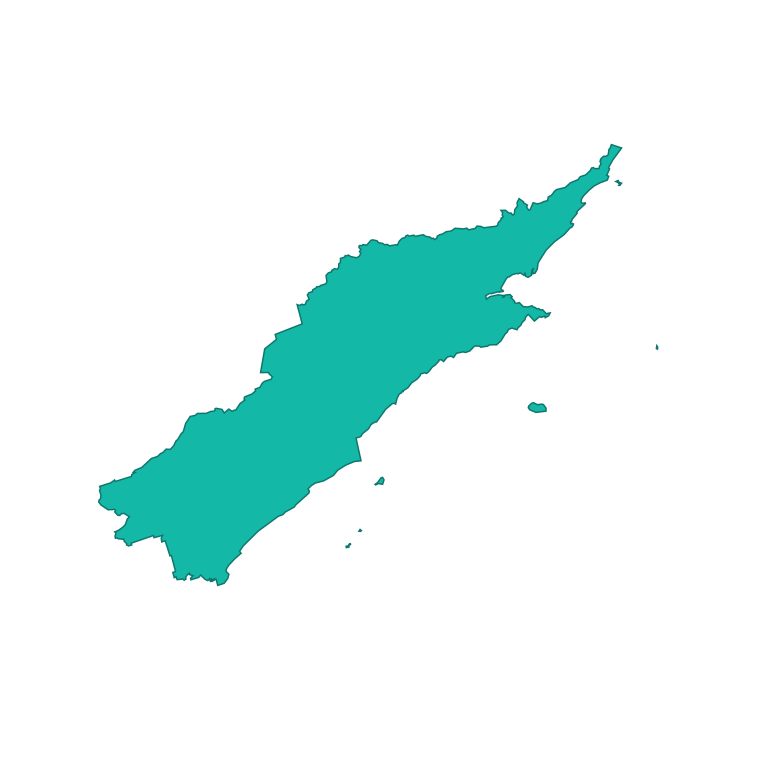 Cairns, Queensland, Australia, rotated 68°
{"feature_id": "25037944B34353436415485", "entity_name": "Cairns", "entity_type": "district", "adm_level": 2, "iso_a3": "AUS", "parent_name": "Australia", "parent_adm1": "Queensland", "projection": "equal_earth", "projection_center": [145.798, -17.106], "detail": "fine", "context": "isolated", "style": "filled", "palette": "teal", "viewbox_px": 768, "rotation_deg": 68, "n_neighbors": 0, "source": "geoboundaries", "source_scale": "gbopen_adm2", "svg_char_len": 6140}
<svg xmlns="http://www.w3.org/2000/svg" viewBox="0 0 768 768"><g transform="rotate(68 384 384)"><path d="M250.4,371.8L251.6,372.8L251.2,377.3L255.0,378.9L255.7,381.0L258.9,382.3L260.1,384.3L258.5,386.8L259.2,390.0L260.3,390.6L260.2,394.1L261.7,397.1L267.7,398.6L269.3,400.2L268.9,406.2L269.6,407.0L268.6,409.9L269.4,410.8L270.0,414.8L271.5,415.8L271.3,419.5L272.7,421.7L277.5,421.7L278.0,424.7L280.7,427.2L280.5,429.2L279.6,429.6L279.3,430.7L279.4,433.1L277.9,434.8L297.6,437.3L297.3,466.3L302.4,467.0L306.7,481.4L327.2,494.2L330.1,486.6L331.5,486.8L335.5,484.8L337.3,486.8L336.8,494.1L337.7,496.7L340.6,500.2L340.5,505.4L342.3,505.7L343.8,510.0L343.8,518.2L345.7,519.4L346.8,519.0L348.1,524.6L352.6,531.2L352.1,533.1L352.5,535.0L349.1,537.3L351.0,543.0L346.9,543.7L343.6,548.8L343.7,550.0L345.2,550.6L345.4,551.9L344.5,555.1L344.7,559.5L341.4,568.1L342.4,570.7L341.5,575.8L346.3,582.7L353.1,588.0L354.1,590.7L358.1,595.9L359.0,598.4L362.3,601.9L364.6,606.6L362.8,610.4L364.7,614.7L364.8,617.3L366.4,621.3L365.9,627.5L370.7,639.9L370.7,647.1L371.9,649.6L372.8,648.0L373.5,651.8L375.1,652.7L373.7,669.6L372.1,669.7L373.3,674.6L372.4,686.0L375.0,686.2L376.0,687.6L381.1,688.1L384.2,689.8L385.0,691.8L386.8,692.7L390.2,691.7L397.3,686.9L399.4,680.7L400.6,680.1L401.7,681.6L405.9,680.0L406.9,678.3L405.8,676.0L406.7,673.4L411.7,669.8L413.2,672.8L417.5,676.5L418.9,679.6L420.2,685.0L420.3,689.0L421.8,688.2L424.3,690.4L426.4,690.8L426.7,689.2L428.0,688.3L430.5,683.4L432.5,683.8L435.6,682.4L436.8,683.0L438.5,681.3L438.7,678.2L436.9,678.0L438.1,654.6L440.3,654.8L441.4,646.0L443.5,648.3L447.2,649.2L447.4,645.6L463.2,646.8L463.3,645.4L479.8,647.5L479.6,650.4L485.0,651.0L484.7,649.1L487.9,649.1L489.5,643.5L491.1,642.8L490.6,640.6L488.8,640.3L487.0,637.4L486.3,634.6L487.5,636.2L490.2,632.9L491.6,636.1L493.2,636.4L493.9,628.2L492.4,625.6L497.9,623.2L500.3,621.0L499.1,618.4L500.1,618.2L500.1,617.1L500.9,617.4L500.3,619.0L501.9,618.7L501.3,617.1L502.0,616.9L502.3,617.9L502.7,616.9L502.1,616.6L502.3,615.0L501.3,615.4L500.9,613.3L501.4,614.0L502.1,612.8L508.5,613.6L508.9,606.9L505.8,601.7L502.3,599.1L498.4,600.7L496.1,599.0L493.8,595.7L490.3,588.3L487.4,579.9L485.0,580.6L481.4,575.2L473.3,555.9L467.1,531.7L467.2,526.8L465.7,523.3L464.5,513.3L463.1,511.4L457.0,494.5L455.3,493.3L452.7,493.7L450.9,489.2L450.1,484.8L451.2,476.2L449.8,465.1L446.5,459.1L444.8,449.3L444.8,440.3L446.6,434.1L423.7,430.2L424.0,425.2L422.0,422.6L419.7,415.0L416.7,411.3L415.9,406.9L416.4,405.1L408.0,391.8L405.3,383.6L405.6,381.9L407.0,380.8L402.1,377.2L398.9,373.5L398.8,371.1L397.6,369.7L398.1,369.0L397.5,368.8L396.4,363.2L393.3,358.0L391.8,351.2L389.7,347.2L388.4,346.4L388.8,342.2L390.1,340.6L389.5,338.2L386.4,332.9L385.5,329.2L383.4,324.7L382.4,324.0L382.9,321.8L385.5,320.3L382.7,315.1L383.3,311.4L385.5,309.6L382.7,305.3L383.8,298.7L385.3,296.6L385.5,292.0L382.7,285.8L384.5,281.5L386.1,280.5L387.7,273.8L387.3,271.3L389.8,264.9L387.8,259.4L383.1,253.0L382.0,250.2L380.0,248.3L380.1,244.4L383.5,240.4L382.1,238.7L380.8,235.2L378.6,232.7L377.2,229.2L375.5,228.1L373.6,224.9L373.6,224.1L382.0,221.0L379.7,214.2L381.1,213.3L381.3,209.5L382.9,209.7L382.5,205.8L380.3,203.3L379.5,207.3L374.7,209.0L373.7,211.5L372.1,212.2L371.7,214.0L369.3,215.5L368.8,216.7L366.9,217.4L366.5,221.7L364.4,225.9L359.2,228.1L358.9,231.0L357.4,232.5L356.4,231.9L351.5,233.8L351.3,232.4L351.2,233.2L350.9,232.5L348.3,233.7L346.9,238.4L348.2,239.6L348.1,241.3L346.8,239.9L344.1,244.7L342.7,253.0L343.7,257.3L340.3,256.7L339.6,252.6L340.5,250.4L341.4,242.5L342.0,242.7L342.8,238.7L341.5,238.7L340.7,239.9L338.8,239.6L332.2,231.2L331.1,228.9L331.6,227.9L330.7,223.9L331.2,219.7L332.1,218.2L331.9,216.1L335.7,213.4L334.3,211.8L337.1,212.3L339.1,210.4L338.4,206.6L334.0,204.3L332.5,201.8L335.0,204.1L337.4,204.1L337.4,205.5L337.8,202.4L335.0,198.9L329.3,195.7L320.6,183.5L315.9,172.5L313.0,161.2L308.9,152.7L309.1,151.4L307.4,148.8L306.5,148.4L305.4,149.4L305.5,150.7L303.5,150.5L303.4,149.3L301.5,147.4L298.4,141.5L297.8,140.8L296.9,141.2L296.1,139.8L292.2,129.6L291.4,129.6L290.7,132.7L289.3,133.2L286.7,131.8L284.4,128.7L280.9,120.7L279.0,114.7L278.4,108.3L278.6,100.6L275.6,97.8L274.0,99.3L269.1,94.3L267.9,94.9L266.9,94.0L262.1,88.1L254.2,75.3L247.2,83.5L250.3,86.2L250.7,87.5L255.4,90.2L256.1,92.6L255.1,95.2L256.7,99.1L257.8,99.1L258.3,100.3L261.3,100.3L262.8,102.6L264.8,103.9L263.2,108.0L261.8,108.8L261.5,110.6L263.4,112.9L265.7,118.9L265.3,124.3L267.2,127.6L267.3,135.8L269.7,142.4L268.4,150.9L269.0,153.4L271.7,157.9L272.1,161.6L275.3,163.7L274.7,167.4L275.0,171.1L274.2,174.8L271.8,177.8L277.3,183.4L276.9,184.8L273.3,185.5L271.9,184.0L268.3,186.7L267.4,186.4L262.7,189.3L265.7,192.7L269.0,193.6L271.2,197.3L275.5,199.7L275.4,201.5L273.0,202.2L272.4,204.1L268.5,206.2L266.8,210.5L269.6,209.8L271.7,211.1L273.8,210.9L274.2,213.4L275.2,213.4L277.2,217.6L279.5,219.4L279.7,221.0L276.5,233.0L274.2,235.2L272.4,238.6L273.9,241.2L272.8,247.7L270.5,248.9L270.0,252.1L266.2,259.8L267.3,264.4L266.1,269.4L266.9,274.0L266.4,276.1L266.9,279.2L268.7,280.7L269.0,283.1L267.4,283.5L267.0,285.3L265.0,286.3L262.9,289.8L260.3,291.7L258.8,299.7L257.1,300.6L256.4,305.2L254.9,306.2L254.8,307.9L256.0,309.5L255.8,312.7L257.2,316.2L260.3,319.6L259.5,320.3L257.9,327.3L255.9,328.5L255.1,331.3L253.0,332.7L251.1,336.0L248.5,336.9L246.1,340.5L245.9,342.4L248.8,348.0L246.9,351.4L247.4,352.4L246.5,354.8L246.8,355.5L248.3,356.1L250.5,354.9L252.0,357.1L253.9,356.6L256.1,358.6L256.6,360.7L256.5,362.5L253.3,367.2L251.1,368.7L251.2,370.5L250.4,371.8ZM467.2,253.8L469.9,244.0L467.1,242.8L462.8,243.9L461.8,245.1L460.6,249.6L457.3,252.4L457.2,254.5L458.7,258.1L460.1,259.1L462.7,258.4L467.2,253.8ZM476.5,422.9L472.9,419.9L470.1,420.3L469.8,421.7L473.0,426.8L473.7,429.9L474.4,429.5L474.2,426.5L476.5,422.9ZM283.1,93.2L284.9,91.5L287.3,90.9L287.8,91.8L288.2,90.9L286.8,88.5L285.3,90.4L283.0,90.7L283.1,93.2ZM520.6,477.8L520.3,480.0L521.6,480.2L522.1,477.6L520.6,477.3L520.3,475.2L519.5,475.0L519.3,476.0L520.6,477.8ZM450.7,116.7L453.2,118.2L454.1,117.3L452.3,116.4L450.7,116.7ZM511.1,462.4L511.9,460.9L511.5,459.9L509.9,460.7L511.1,462.4Z" fill="#14b8a6" stroke="#0f766e" stroke-width="1.5"/></g></svg>